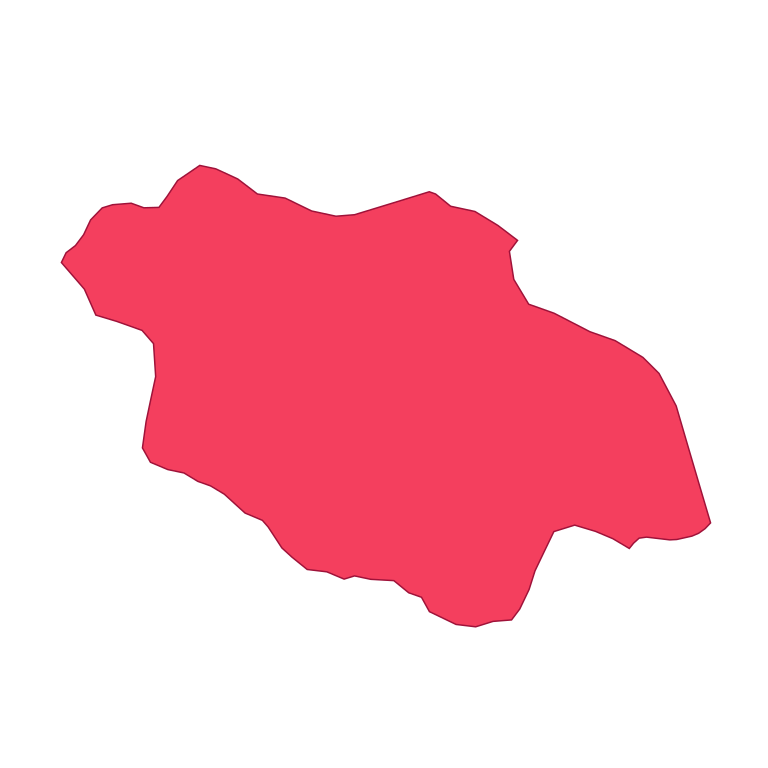 Unhung, Ryanggang, North Korea, rotated 343°
{"feature_id": "82179303B62384537244682", "entity_name": "Unhung", "entity_type": "district", "adm_level": 2, "iso_a3": "PRK", "parent_name": "North Korea", "parent_adm1": "Ryanggang", "projection": "mercator", "projection_center": [128.55, 41.324], "detail": "fine", "context": "isolated", "style": "filled", "palette": "rose", "viewbox_px": 768, "rotation_deg": 343, "n_neighbors": 0, "source": "geoboundaries", "source_scale": "gbopen_adm2", "svg_char_len": 1275}
<svg xmlns="http://www.w3.org/2000/svg" viewBox="0 0 768 768"><g transform="rotate(343 384 384)"><path d="M231.4,486.8L234.9,498.8L238.4,510.9L245.5,522.9L256.3,538.9L274.4,546.9L288.8,558.9L299.7,558.9L314.2,566.9L335.9,574.9L346.6,590.9L357.5,598.9L360.9,615.0L382.6,635.0L400.7,643.0L418.9,642.9L437.0,646.9L448.0,638.9L462.7,622.9L473.8,606.8L488.5,590.8L503.3,574.8L525.1,574.7L543.1,586.7L557.6,598.8L570.5,613.0L576.1,609.2L582.9,606.0L590.3,607.2L611.7,616.6L618.5,618.3L634.0,619.5L641.4,618.7L648.8,616.2L655.7,612.3L656.0,578.6L656.5,530.5L657.0,490.4L650.1,454.3L639.4,434.3L617.8,410.2L596.2,394.2L567.4,366.1L545.7,350.0L538.7,321.9L542.7,293.8L553.7,285.7L539.3,265.7L521.4,245.6L499.7,233.5L488.9,217.4L483.5,213.4L441.7,213.5L405.3,213.5L387.1,209.5L365.4,197.4L343.8,177.3L318.5,165.3L304.1,145.2L286.1,129.1L271.7,121.1L246.1,129.1L231.4,141.2L220.4,149.3L205.9,145.3L195.1,137.2L176.9,133.2L166.0,133.2L151.4,141.3L140.4,153.4L129.4,161.4L118.4,165.5L111.0,173.5L125.2,205.7L128.6,233.9L146.6,245.9L168.3,262.0L175.4,278.0L167.8,310.2L156.6,330.3L145.5,350.4L134.3,374.5L137.8,390.6L152.2,402.6L166.7,410.6L177.5,422.7L188.3,430.7L199.1,442.7L206.2,454.7L213.4,466.8L227.8,478.8L231.4,486.8Z" fill="#f43f5e" stroke="#9f1239" stroke-width="1.5"/></g></svg>